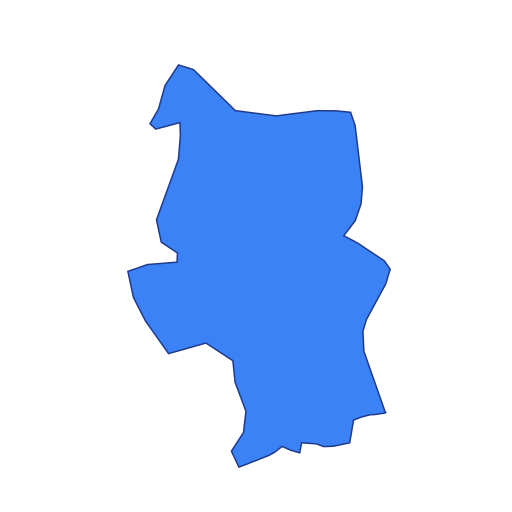 map outline of Kraslavas (Mercator projection), rotated 258°
{"feature_id": "LVA-1064", "entity_name": "Kraslavas", "entity_type": "Municipality", "adm_level": 1, "iso_a3": "LVA", "parent_name": "Latvia", "parent_adm1": "", "projection": "mercator", "projection_center": [27.268, 55.934], "detail": "fine", "context": "isolated", "style": "filled", "palette": "blue", "viewbox_px": 512, "rotation_deg": 258, "n_neighbors": 0, "source": "natural_earth", "source_scale": "10m", "svg_char_len": 882}
<svg xmlns="http://www.w3.org/2000/svg" viewBox="0 0 512 512"><g transform="rotate(258 256 256)"><path d="M459.0,219.9L451.3,233.6L402.5,266.0L388.9,304.7L385.4,346.3L381.2,365.0L376.9,378.4L363.1,380.1L301.4,374.5L285.2,369.6L269.9,360.4L257.6,346.1L247.6,358.0L224.6,380.5L215.1,384.5L201.6,377.0L171.0,350.9L160.4,345.0L140.4,341.7L76.8,349.9L76.0,350.4L75.8,350.0L75.6,349.7L76.2,339.4L77.0,334.4L76.5,325.0L75.2,317.3L53.8,308.8L53.8,292.3L55.5,282.6L59.7,276.0L63.8,261.8L54.4,257.8L58.8,249.5L64.3,241.9L60.1,233.3L58.3,227.4L53.0,195.4L70.2,191.4L86.0,207.1L106.3,213.9L136.8,209.3L158.4,211.6L181.3,188.9L178.7,150.2L215.6,134.3L241.0,127.5L267.6,127.5L270.2,148.0L266.4,177.5L275.3,179.8L289.2,166.2L312.1,166.2L366.7,200.2L389.6,207.1L402.3,209.3L401.0,184.3L407.4,179.8L420.1,191.2L441.7,202.5L459.0,219.9Z" fill="#3b82f6" stroke="#1e3a8a" stroke-width="1.5"/></g></svg>